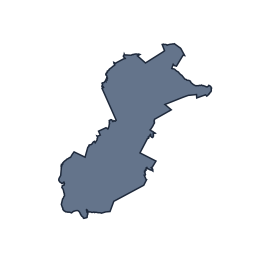 the district of Saucillo, Chihuahua, Mexico, rotated 336°
{"feature_id": "50627088B28449538232051", "entity_name": "Saucillo", "entity_type": "district", "adm_level": 2, "iso_a3": "MEX", "parent_name": "Mexico", "parent_adm1": "Chihuahua", "projection": "mercator", "projection_center": [-105.354, 28.012], "detail": "fine", "context": "isolated", "style": "filled", "palette": "slate", "viewbox_px": 256, "rotation_deg": 336, "n_neighbors": 0, "source": "geoboundaries", "source_scale": "gbopen_adm2", "svg_char_len": 5721}
<svg xmlns="http://www.w3.org/2000/svg" viewBox="0 0 256 256"><g transform="rotate(336 128 128)"><path d="M43.5,148.0L43.8,149.7L44.9,151.3L44.9,151.7L45.5,151.9L46.3,151.7L46.7,151.5L47.3,151.4L47.2,151.8L47.4,152.1L47.2,152.5L47.4,152.7L47.4,152.9L46.5,153.9L46.2,153.9L46.2,154.1L45.0,154.0L44.8,154.1L44.6,154.0L44.2,154.2L44.0,155.0L43.5,155.3L43.4,155.4L43.5,156.2L43.7,157.2L43.8,157.3L43.7,158.5L43.1,161.2L43.3,161.6L43.2,162.1L42.9,162.4L42.7,163.5L42.5,163.8L42.4,164.2L41.5,164.6L40.1,166.0L39.4,166.2L36.0,170.7L35.7,174.2L35.9,174.7L35.6,175.2L35.4,175.9L35.7,176.6L35.6,177.0L36.0,177.5L36.0,177.9L36.5,178.3L36.8,179.1L38.3,180.0L38.7,180.4L40.2,181.0L40.7,181.4L41.9,182.6L43.6,182.1L44.5,182.0L46.8,182.3L48.1,182.8L48.7,183.2L49.2,184.1L49.5,185.0L49.6,186.8L49.5,187.0L49.6,187.3L49.6,187.7L49.7,187.9L49.6,188.2L49.8,188.8L49.8,189.3L50.0,189.9L50.3,190.3L50.4,190.7L50.6,191.0L50.8,192.2L50.7,192.3L50.9,192.6L53.9,193.1L54.3,193.0L54.6,192.3L55.1,191.7L55.5,190.9L56.2,190.4L56.5,190.1L56.4,189.5L56.4,189.3L56.2,188.5L56.5,187.2L56.5,186.9L56.8,186.2L56.7,185.9L56.9,185.7L57.3,186.2L57.4,186.4L57.4,187.5L57.7,188.1L57.7,188.4L57.8,188.8L58.2,188.9L58.3,189.0L59.1,189.0L59.6,189.5L60.0,189.7L60.4,190.3L61.4,190.7L62.4,190.8L62.8,191.0L63.0,191.6L63.4,191.6L63.8,191.8L64.2,191.8L64.6,192.0L66.2,193.2L67.4,193.7L68.3,194.3L68.6,194.4L68.8,194.7L69.1,195.0L73.6,195.6L77.6,197.0L85.2,189.2L119.1,186.7L123.9,182.8L123.6,182.6L123.6,177.8L124.4,178.1L125.0,177.7L125.0,177.1L125.1,176.9L125.1,175.0L125.8,175.0L125.7,174.1L127.3,173.9L127.2,172.9L128.6,172.8L128.5,171.8L129.2,171.7L129.4,173.2L129.6,173.2L131.4,175.5L132.0,175.5L133.2,177.4L133.8,175.8L133.6,175.5L133.7,175.0L133.1,173.9L133.1,173.6L134.3,173.6L140.1,169.6L128.8,155.6L141.4,145.6L141.8,145.6L142.7,145.7L142.9,145.5L143.2,145.1L143.0,144.6L143.5,144.6L143.8,144.2L144.9,143.9L145.3,143.5L145.5,143.5L145.7,143.1L146.0,142.8L146.4,142.7L145.9,143.0L146.0,143.3L145.4,144.1L145.2,144.2L145.2,144.3L145.5,144.8L145.6,145.3L146.0,146.2L146.2,146.3L146.3,146.3L146.6,146.7L147.1,146.5L147.6,146.0L147.9,145.5L148.1,145.5L148.1,145.1L148.4,144.6L148.4,144.4L148.6,144.2L148.7,143.9L148.8,143.7L148.8,143.4L149.0,143.2L149.1,142.9L149.7,143.0L149.8,143.1L149.8,143.3L149.9,143.5L150.3,143.7L150.6,143.9L150.8,143.9L150.3,143.1L149.8,142.6L149.2,141.2L148.1,140.1L147.9,139.5L147.4,138.7L148.5,138.2L151.2,136.5L152.8,135.2L153.4,134.7L154.2,134.2L154.6,133.2L154.4,133.0L154.6,132.8L154.7,132.3L155.0,131.7L155.3,131.6L155.8,130.8L174.9,129.0L171.3,121.5L191.0,122.3L196.4,122.7L197.5,123.1L204.2,125.3L203.0,128.5L209.8,129.0L212.4,129.3L212.9,130.9L214.2,130.6L215.4,130.0L215.6,130.1L215.9,129.7L216.6,129.6L216.9,129.4L217.2,129.1L217.6,128.8L217.9,128.7L218.6,128.6L218.9,128.2L219.1,128.0L219.3,127.7L219.8,126.6L219.8,126.4L219.9,126.0L220.3,125.8L220.3,125.7L220.6,125.5L220.4,125.0L220.4,124.5L220.5,123.8L219.8,122.6L219.5,122.4L219.2,121.9L218.2,122.5L217.2,122.7L216.2,122.2L215.4,121.2L213.8,119.7L213.4,119.7L213.0,119.3L212.7,118.7L211.4,118.6L210.4,118.0L209.8,118.1L209.2,117.8L207.5,117.1L207.3,117.1L206.6,116.5L205.3,114.8L204.0,112.1L203.9,111.7L204.1,110.9L203.9,110.4L203.3,109.6L202.4,108.9L201.3,108.4L201.0,107.5L199.8,106.4L199.6,105.6L198.7,102.2L198.6,101.8L197.8,100.6L197.1,98.7L196.8,97.3L196.5,97.0L195.7,95.9L195.1,94.8L194.5,93.2L193.5,92.4L192.7,91.9L192.2,91.4L195.2,88.2L195.7,89.8L197.4,91.2L207.9,83.9L209.2,84.8L208.6,76.9L208.1,75.7L207.7,75.2L204.6,69.8L204.0,69.8L202.8,69.3L201.3,69.0L200.6,68.6L199.5,68.5L198.2,68.2L197.4,68.3L197.2,67.8L196.7,67.2L195.9,66.7L194.8,66.3L194.5,65.8L193.2,65.6L192.8,72.3L190.5,72.8L170.4,75.7L166.0,66.0L168.8,65.7L168.4,65.3L168.1,65.2L167.9,64.8L166.9,64.6L166.1,64.0L165.1,63.5L163.1,63.0L162.8,63.1L162.0,62.7L160.5,62.8L158.6,61.9L156.2,60.6L155.5,60.4L154.9,59.8L154.6,59.3L154.6,59.0L154.2,59.6L153.1,60.3L153.3,60.6L152.9,61.1L153.2,62.0L153.5,63.1L153.8,63.2L153.8,63.4L152.5,63.1L151.4,63.1L144.1,63.6L143.0,63.8L141.7,62.3L141.5,63.2L141.5,64.4L141.7,64.9L141.6,65.1L140.6,65.3L140.1,65.5L139.2,65.5L137.6,66.1L135.5,66.5L135.1,66.8L134.6,66.8L134.1,67.4L133.9,67.3L133.3,67.6L132.8,67.6L132.4,67.9L132.2,67.8L132.0,68.2L132.0,68.4L131.5,68.5L131.5,68.8L131.3,68.9L131.1,68.9L130.9,69.2L130.3,69.1L130.0,69.3L130.0,69.7L129.7,70.1L129.4,70.2L129.3,70.4L129.6,70.7L129.8,71.1L129.8,72.2L129.6,72.8L129.6,73.0L129.2,73.1L129.0,73.5L129.5,74.1L129.3,74.4L128.9,74.5L128.7,74.8L128.2,74.6L128.1,75.0L128.2,75.5L127.9,75.4L128.0,75.2L127.8,74.8L127.6,74.7L127.5,74.9L127.4,75.2L127.2,75.4L126.9,76.1L126.8,75.7L126.6,75.6L126.2,76.0L125.1,76.4L125.3,76.5L124.6,76.8L122.8,76.3L122.4,76.6L122.4,76.9L122.5,77.2L122.3,77.8L122.4,78.1L122.0,78.6L121.3,78.9L121.1,79.3L121.3,79.5L121.4,80.2L121.7,80.2L121.9,80.4L122.1,80.3L122.2,80.6L122.2,81.1L120.4,81.1L120.4,116.1L119.1,116.6L118.8,116.5L118.4,115.8L118.1,115.5L116.9,116.0L116.7,115.9L116.5,114.0L116.4,113.8L115.7,113.4L114.6,113.6L114.1,113.5L113.8,113.6L113.7,113.9L113.6,114.7L113.0,115.6L113.0,116.1L112.8,116.3L112.9,116.6L112.0,117.5L111.3,118.8L109.9,120.0L109.8,120.4L109.6,120.6L109.2,120.7L108.0,118.8L99.8,118.9L99.8,122.4L99.8,123.2L97.2,123.2L96.7,122.9L96.4,122.6L96.4,124.3L96.1,124.8L95.4,125.2L95.2,125.9L94.7,126.4L92.0,128.1L91.8,126.5L90.5,126.7L88.0,128.2L86.0,127.8L85.6,128.0L85.2,127.9L85.0,128.5L84.8,128.7L84.6,129.0L83.5,129.2L76.9,137.2L69.0,127.9L66.1,129.6L63.5,131.5L62.5,131.2L61.1,131.6L59.4,131.6L58.5,132.0L56.7,132.4L55.5,132.8L55.1,133.1L54.5,133.2L54.1,133.5L53.9,134.2L53.6,134.5L52.9,134.4L52.5,134.1L51.5,135.4L52.1,135.6L50.8,137.2L50.9,137.3L47.2,144.0L44.5,146.0L43.6,147.3L43.5,148.0Z" fill="#64748b" stroke="#1e293b" stroke-width="1.5"/></g></svg>